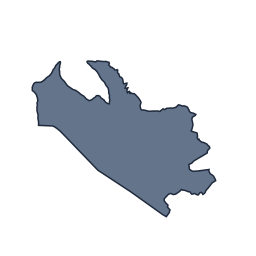 Imeko Afon, Ogun, Nigeria, rotated 308°
{"feature_id": "59680162B69679397491551", "entity_name": "Imeko Afon", "entity_type": "district", "adm_level": 2, "iso_a3": "NGA", "parent_name": "Nigeria", "parent_adm1": "Ogun", "projection": "orthographic", "projection_center": [2.936, 7.607], "detail": "fine", "context": "isolated", "style": "filled", "palette": "slate", "viewbox_px": 256, "rotation_deg": 308, "n_neighbors": 0, "source": "geoboundaries", "source_scale": "gbopen_adm2", "svg_char_len": 3912}
<svg xmlns="http://www.w3.org/2000/svg" viewBox="0 0 256 256"><g transform="rotate(308 128 128)"><path d="M75.0,55.9L83.1,67.2L83.6,68.7L83.9,72.3L83.8,76.3L82.7,84.5L76.2,130.3L79.4,169.3L81.1,208.2L81.7,212.8L86.6,212.6L88.2,211.9L89.3,211.6L90.0,207.9L91.9,206.9L92.1,204.2L93.0,201.3L94.7,200.1L100.9,200.7L102.7,202.0L103.5,204.8L105.3,206.3L109.7,207.7L112.5,208.0L112.6,209.2L113.5,210.5L114.3,212.4L114.6,213.9L115.1,215.0L115.8,216.4L115.4,217.4L115.2,218.0L115.1,219.1L116.1,219.9L116.8,220.2L117.4,220.9L117.8,223.2L118.4,224.5L119.5,224.6L120.7,224.4L122.1,225.1L122.5,225.5L121.8,228.0L123.6,228.5L125.2,228.4L126.5,227.9L130.4,228.1L132.4,228.1L134.4,228.1L136.5,228.1L140.5,229.5L141.5,227.9L142.7,225.2L142.8,223.4L142.6,221.1L143.3,219.2L144.3,217.8L145.2,217.4L137.0,209.4L133.7,205.6L133.2,202.0L136.7,198.4L139.5,199.9L142.6,200.2L145.8,201.4L157.1,205.8L158.1,205.1L158.7,204.8L160.1,204.6L161.3,204.8L162.4,204.9L163.4,203.8L163.6,201.3L163.9,200.0L163.7,198.9L163.3,197.2L163.2,196.6L162.9,195.8L162.2,195.2L162.2,193.8L162.3,192.9L162.2,192.1L162.2,191.8L162.4,191.6L162.5,191.4L162.8,191.0L162.6,190.9L162.1,190.4L162.5,190.0L162.7,189.6L162.7,189.1L162.9,188.4L164.2,188.0L166.5,185.6L166.3,184.5L165.7,183.2L164.5,179.7L167.4,178.7L170.4,177.3L172.2,175.4L174.1,173.0L176.1,172.1L179.2,173.2L180.5,173.1L180.2,172.2L180.2,171.9L179.9,170.2L179.3,169.3L178.8,167.9L178.8,166.4L180.0,164.5L180.1,164.1L180.3,163.2L180.8,162.7L181.0,161.8L180.5,159.8L180.0,158.6L178.7,157.1L178.2,155.4L177.8,154.4L177.4,153.5L173.9,153.0L172.9,152.3L171.1,151.1L170.3,149.6L168.4,147.6L167.4,146.4L165.9,145.8L165.1,145.7L164.7,143.8L162.8,143.4L161.8,143.1L161.7,143.1L160.6,142.9L159.8,141.0L158.5,139.5L156.9,137.4L155.5,135.8L154.1,134.3L153.0,131.8L151.9,129.3L150.8,128.1L150.7,126.5L152.9,123.8L155.9,122.7L156.9,121.4L158.1,117.8L158.8,113.8L158.9,111.7L157.8,110.3L157.7,109.2L157.5,108.8L156.7,108.5L156.4,108.1L156.9,107.6L157.4,107.5L157.2,106.9L157.6,106.4L156.8,105.9L155.5,105.8L156.1,104.8L156.7,104.1L157.4,103.8L159.6,103.2L159.1,102.7L158.2,102.3L157.6,101.2L159.0,100.5L160.5,100.5L162.0,100.0L162.7,99.5L161.6,98.6L160.7,98.0L160.2,97.1L161.2,95.9L163.1,93.9L163.5,93.0L163.8,91.6L163.3,90.1L164.1,88.6L165.0,87.6L165.0,86.2L165.5,85.4L167.3,84.2L167.3,83.4L166.5,83.2L165.6,81.9L166.1,80.3L165.9,79.3L165.9,77.7L165.2,76.9L165.8,75.1L165.8,74.1L166.5,73.8L167.3,73.6L168.1,72.5L167.6,71.7L166.9,69.6L165.6,68.2L163.2,64.5L161.9,62.3L160.4,61.9L159.6,60.9L159.1,59.7L157.8,57.6L157.2,57.0L156.8,56.4L156.5,55.7L156.2,55.3L155.7,55.0L155.3,54.8L155.2,54.8L154.9,55.0L154.5,55.7L154.4,56.2L154.2,56.6L154.3,57.1L154.4,57.7L154.2,58.3L153.9,60.9L153.4,63.0L153.7,66.5L153.3,69.0L152.2,72.1L151.1,74.1L149.9,77.7L149.6,81.1L148.0,84.5L147.3,87.6L145.7,89.6L143.7,91.3L142.3,93.4L140.4,94.6L139.0,96.3L137.2,97.3L136.3,97.9L135.4,98.3L134.9,97.2L134.6,95.8L134.5,94.4L135.3,91.8L135.1,88.3L135.7,86.0L135.5,85.2L135.0,84.3L134.5,83.6L133.8,83.2L133.0,83.2L131.7,83.1L130.3,82.5L128.5,82.2L126.2,81.0L125.5,80.3L125.5,78.7L125.2,77.7L125.4,76.3L125.9,73.7L125.5,70.5L125.6,67.1L125.5,63.8L124.5,61.2L124.0,54.3L125.5,49.4L126.1,44.8L128.0,41.3L130.6,39.2L131.6,37.9L132.5,37.3L133.7,36.8L134.6,36.3L135.3,35.5L136.2,35.4L136.8,35.0L137.7,34.7L138.3,34.2L138.5,33.7L138.1,33.3L136.8,32.9L134.8,32.8L132.5,32.6L131.2,33.1L129.4,33.2L127.9,33.1L125.9,33.7L124.6,33.9L123.2,34.1L122.5,33.9L121.4,34.0L120.2,33.7L118.6,33.2L116.2,32.6L114.6,32.7L113.3,32.0L111.9,32.0L111.2,31.4L110.1,30.9L109.2,29.7L108.5,29.0L107.7,27.7L106.7,26.9L105.2,26.5L104.1,26.6L102.4,27.1L100.9,27.6L100.1,28.4L99.4,28.9L98.7,29.4L98.6,31.1L98.6,32.1L98.3,33.6L97.8,35.2L97.2,36.3L96.7,36.8L96.3,37.6L96.2,38.0L95.5,38.4L95.0,39.1L94.4,39.7L93.7,40.4L91.8,40.8L91.1,41.5L90.3,42.4L88.3,43.4L87.0,44.6L85.6,45.6L82.9,49.1L80.1,51.1L77.7,53.8L75.0,55.9Z" fill="#64748b" stroke="#1e293b" stroke-width="1.5"/></g></svg>